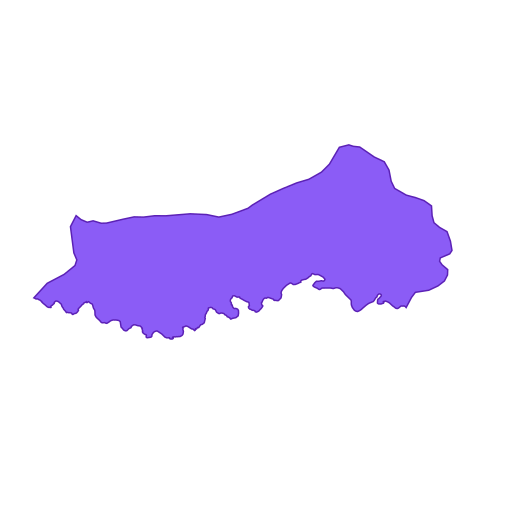 outline of Montes, Canelones, Uruguay, rotated 119°
{"feature_id": "84410073B70597198531673", "entity_name": "Montes", "entity_type": "district", "adm_level": 2, "iso_a3": "URY", "parent_name": "Uruguay", "parent_adm1": "Canelones", "projection": "natural_earth1", "projection_center": [-55.521, -34.52], "detail": "fine", "context": "isolated", "style": "filled", "palette": "violet", "viewbox_px": 512, "rotation_deg": 119, "n_neighbors": 0, "source": "geoboundaries", "source_scale": "gbopen_adm2", "svg_char_len": 6133}
<svg xmlns="http://www.w3.org/2000/svg" viewBox="0 0 512 512"><g transform="rotate(119 256 256)"><path d="M400.3,430.0L400.2,428.6L400.3,428.2L400.2,427.4L399.9,427.1L399.4,426.3L399.5,425.1L399.3,423.5L399.6,422.3L399.6,421.5L399.8,421.1L400.1,421.0L400.6,419.2L401.1,416.3L401.6,414.3L401.6,412.7L401.1,412.0L400.9,411.1L400.4,410.4L400.2,410.4L399.6,411.0L399.2,411.0L398.7,410.9L397.6,410.2L396.9,410.1L395.7,409.6L395.3,409.5L394.6,409.9L394.2,409.9L392.7,409.4L392.3,409.0L392.0,408.3L391.7,406.7L392.6,402.8L393.8,401.7L394.5,400.6L395.1,399.3L395.8,398.4L396.5,396.4L396.6,395.9L397.2,394.9L397.3,394.3L397.3,394.1L396.9,393.9L396.7,393.5L396.4,392.3L395.9,391.4L395.4,390.0L395.5,389.2L396.1,388.4L395.9,387.8L394.4,386.9L393.5,385.8L392.8,385.4L391.2,385.0L389.6,384.9L389.3,385.1L389.0,385.7L388.2,385.8L384.8,384.8L383.1,384.5L381.2,383.6L380.6,383.7L380.1,383.6L379.1,382.6L378.3,382.3L378.8,381.5L378.6,381.1L377.3,380.6L377.1,380.3L377.6,377.8L377.4,376.2L378.0,375.2L380.1,373.2L380.7,372.4L381.3,371.2L381.7,370.7L382.6,370.0L385.6,368.2L386.8,366.5L387.3,365.2L388.2,361.4L388.9,359.8L389.1,358.7L388.8,357.8L387.7,356.2L387.5,354.5L387.2,353.8L384.9,352.5L383.2,351.8L381.8,350.6L380.9,349.5L380.5,348.5L379.9,347.6L379.2,345.6L378.9,344.4L379.2,343.0L379.8,342.5L383.4,339.7L383.8,339.1L383.9,338.2L384.9,335.9L384.9,334.8L384.6,333.5L383.8,332.7L381.3,332.0L379.3,330.6L379.0,330.6L378.1,330.9L375.5,329.7L374.7,328.1L374.3,325.8L373.4,323.4L373.6,322.4L374.3,320.6L374.6,320.7L374.8,320.3L375.7,319.7L376.3,318.9L376.7,318.6L376.9,318.7L377.3,318.6L377.6,318.3L378.1,317.4L378.3,316.4L378.4,314.8L378.1,314.3L378.1,314.0L378.4,313.4L379.4,313.2L380.3,312.5L380.3,311.6L378.4,309.1L377.7,308.4L376.7,308.2L375.1,308.9L372.5,308.6L371.2,308.0L369.7,306.5L369.5,305.8L369.9,300.6L371.1,296.3L370.8,294.2L369.7,292.6L369.5,292.2L369.6,291.8L370.1,291.6L370.1,291.3L369.9,290.1L369.0,288.8L368.2,288.5L367.7,288.6L367.6,288.8L367.7,289.1L367.6,289.5L367.0,289.3L366.2,288.2L365.7,287.0L365.1,286.5L364.5,285.2L363.8,284.4L363.4,283.5L362.1,282.6L361.0,282.1L359.7,282.0L357.2,282.9L356.3,283.7L356.0,284.2L354.2,284.9L354.2,285.4L353.8,285.5L353.5,285.4L352.3,284.1L351.6,283.8L351.0,283.0L350.7,281.2L351.0,277.0L350.5,275.7L351.0,273.5L350.7,273.3L349.9,273.2L349.0,273.6L348.8,272.8L348.1,272.5L347.5,272.6L346.8,272.4L346.6,271.6L346.3,271.4L343.0,271.1L342.4,270.4L341.7,269.8L339.5,268.9L335.2,270.1L334.6,271.0L333.8,271.0L332.0,271.8L331.1,271.8L330.3,271.7L328.1,272.0L326.9,271.6L325.8,271.8L324.8,272.4L324.4,272.4L324.2,272.1L324.0,271.8L322.8,270.6L322.5,269.2L323.0,268.1L322.7,266.2L322.7,265.5L324.2,263.3L324.4,260.9L324.2,260.2L323.9,259.8L323.2,259.4L322.5,258.4L322.2,257.4L321.9,256.1L322.5,254.7L322.3,253.3L322.4,252.9L323.1,251.6L322.8,250.6L322.9,248.8L323.4,247.8L323.4,247.4L321.9,246.3L319.7,243.7L317.0,242.6L314.5,243.5L312.2,244.9L311.9,245.3L311.4,246.4L311.6,248.1L311.8,248.6L312.4,249.3L312.5,249.9L312.1,251.3L311.0,252.7L310.6,252.8L310.4,253.1L310.5,253.9L309.2,254.7L308.7,255.2L308.3,256.2L307.9,256.6L307.0,257.1L305.3,257.2L304.2,256.7L302.4,257.0L302.0,256.7L301.4,255.9L301.2,255.4L301.2,253.0L301.1,252.5L300.0,250.8L299.9,250.4L300.5,249.7L300.6,249.3L300.5,246.6L300.6,244.7L300.5,243.4L300.5,242.1L300.0,240.3L300.1,239.7L300.4,239.4L302.7,237.7L303.8,238.1L304.8,237.5L305.1,237.1L305.5,235.5L305.2,234.9L305.3,233.0L304.6,231.5L304.6,230.1L305.1,229.7L305.0,228.7L304.7,228.2L303.5,227.3L302.3,226.7L300.9,226.5L299.5,226.0L297.6,225.8L296.4,225.8L296.2,226.1L295.8,227.4L294.4,228.5L293.9,228.6L293.3,228.3L291.8,228.6L289.9,228.5L288.8,228.1L288.3,227.6L287.9,226.5L287.6,226.2L286.8,225.9L286.3,225.1L286.1,224.3L285.4,219.9L285.5,219.4L285.9,219.1L285.9,218.3L285.5,217.8L284.7,215.7L284.3,215.0L283.9,214.7L280.6,213.8L278.9,214.3L277.3,214.9L276.4,216.0L275.2,216.5L273.9,216.7L271.1,216.4L266.8,215.1L263.3,213.2L262.9,212.8L262.7,211.8L262.7,210.8L262.9,209.7L262.7,209.2L262.1,208.3L261.8,207.8L259.3,205.7L258.4,205.2L257.2,204.1L256.6,204.6L256.1,204.7L255.2,204.4L254.7,204.1L253.0,202.3L252.4,201.4L252.0,201.1L249.8,199.9L248.2,199.4L246.8,198.5L244.8,198.5L244.3,198.3L243.9,197.9L243.7,195.4L242.1,192.8L241.9,191.6L241.9,188.0L242.0,186.5L242.4,185.9L242.5,185.1L243.1,184.3L244.2,184.3L244.8,184.5L245.4,185.0L245.9,186.8L247.3,188.4L248.1,189.5L248.6,190.7L249.0,191.0L250.8,191.6L254.0,192.0L254.3,191.9L254.7,191.1L254.8,189.6L254.5,186.7L254.7,185.1L254.6,184.3L253.8,183.5L252.5,183.0L252.0,182.6L251.6,182.0L248.4,176.3L247.7,174.9L247.3,173.4L246.9,172.5L245.1,170.8L244.6,170.0L244.1,168.8L243.7,166.5L244.9,162.0L246.0,160.0L246.6,158.4L248.4,151.7L248.9,151.1L249.6,150.6L251.8,149.4L252.7,148.7L254.3,146.8L255.8,143.6L255.8,141.7L255.3,140.2L253.5,138.9L251.6,137.9L250.5,137.6L245.6,135.8L243.1,134.6L242.2,134.0L239.0,131.4L237.6,131.1L234.4,131.0L233.0,130.4L232.2,130.7L231.2,130.7L229.9,130.3L229.4,129.8L229.1,129.1L229.0,128.4L229.1,127.9L229.5,127.4L230.1,127.2L230.9,127.2L232.3,127.6L233.6,127.8L234.3,128.3L235.3,128.4L238.1,127.1L238.4,126.8L238.5,125.6L237.5,123.6L237.1,123.1L236.1,122.3L235.6,121.7L234.9,121.6L234.3,122.5L234.0,122.5L233.5,121.6L233.0,121.4L232.7,121.0L232.3,118.9L232.3,116.6L233.4,112.3L233.5,110.9L233.9,108.6L233.8,107.9L233.4,106.9L233.0,106.5L232.4,106.1L229.6,105.0L229.0,104.2L228.5,103.0L227.9,102.5L227.8,101.0L228.3,99.7L216.8,99.9L210.5,99.0L202.2,88.3L193.9,82.3L186.5,79.1L179.8,79.3L175.0,81.7L173.5,89.0L171.6,92.9L168.3,93.9L160.2,87.6L156.1,87.3L148.8,93.1L142.1,100.7L142.0,109.3L140.6,116.5L135.4,121.5L127.1,126.8L126.1,135.8L127.5,144.3L129.9,154.1L129.7,167.5L125.1,174.0L116.4,181.3L111.4,189.5L112.1,200.6L110.4,218.1L112.9,224.1L113.8,228.7L120.5,235.8L140.1,236.3L150.9,239.4L163.3,247.0L172.4,255.9L183.9,265.1L194.8,273.3L213.2,283.9L218.1,286.1L231.3,297.4L240.0,307.4L243.7,319.3L251.0,334.0L264.6,354.4L269.9,364.1L276.5,373.2L280.9,381.6L288.1,389.9L299.7,402.7L302.4,407.3L304.2,415.5L308.3,420.0L309.0,426.7L307.9,432.9L320.3,432.5L341.6,416.8L346.3,410.8L352.1,409.7L365.1,414.9L381.1,425.4L400.3,430.0Z" fill="#8b5cf6" stroke="#5b21b6" stroke-width="1.5"/></g></svg>